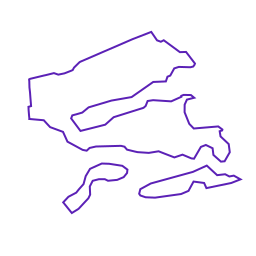 Newport, Rhode Island, United States of America, rotated 252°
{"feature_id": "52423323B54307219453205", "entity_name": "Newport", "entity_type": "district", "adm_level": 2, "iso_a3": "USA", "parent_name": "United States of America", "parent_adm1": "Rhode Island", "projection": "mercator", "projection_center": [-71.264, 41.562], "detail": "fine", "context": "isolated", "style": "outline", "palette": "violet", "viewbox_px": 256, "rotation_deg": 252, "n_neighbors": 0, "source": "geoboundaries", "source_scale": "gbopen_adm2", "svg_char_len": 1926}
<svg xmlns="http://www.w3.org/2000/svg" viewBox="0 0 256 256"><g transform="rotate(252 128 128)"><path d="M167.1,36.9L161.4,50.3L157.4,52.1L152.9,54.2L144.4,65.0L137.3,65.8L133.7,66.2L131.1,68.7L121.2,78.1L119.2,81.7L119.8,83.0L120.9,85.3L120.3,91.8L113.2,115.8L111.3,118.9L111.2,118.9L107.7,120.4L103.4,127.4L102.1,129.6L97.9,140.1L96.4,149.9L91.8,155.5L85.7,163.0L85.8,171.6L82.1,175.9L79.5,178.9L78.4,181.3L87.5,191.5L87.8,196.8L82.6,202.2L76.0,200.9L67.3,206.0L66.5,209.6L73.5,217.3L81.6,218.8L91.4,213.4L96.6,214.2L96.6,216.8L97.4,217.3L101.6,214.3L107.2,190.4L112.9,187.6L113.5,187.5L125.5,186.7L132.7,189.1L136.8,192.8L136.3,200.3L139.9,198.0L142.3,191.1L142.1,188.6L141.2,188.4L140.0,177.3L144.3,166.5L146.7,160.5L147.6,155.0L143.5,151.6L142.4,149.0L142.7,117.7L138.2,107.4L138.6,101.0L139.9,81.9L147.6,79.3L154.7,76.9L157.2,78.9L157.1,81.4L157.0,82.7L156.8,89.3L159.8,96.9L159.2,120.7L156.3,141.0L164.0,166.2L160.6,178.4L164.6,181.4L164.8,184.4L170.4,190.4L170.4,195.2L166.5,206.1L166.3,209.0L167.5,210.7L168.6,211.6L182.4,206.7L184.1,200.8L200.4,189.1L199.9,185.9L202.4,182.7L212.2,179.8L211.1,160.0L205.8,103.6L205.6,102.3L202.1,95.3L200.2,93.3L200.0,91.4L199.6,84.5L200.3,78.2L203.1,74.5L203.1,74.4L203.7,66.1L203.9,64.2L205.0,50.1L204.8,49.0L203.7,48.7L203.4,48.7L197.0,46.8L192.1,45.8L187.2,44.6L178.8,42.6L178.8,42.2L178.9,39.9L175.7,39.0L169.8,37.6L169.7,37.6L167.8,37.2L167.1,36.9ZM43.8,209.2L44.4,219.1L50.0,213.9L50.6,209.4L54.0,206.1L55.6,198.2L67.9,191.3L66.2,176.2L68.2,132.5L66.0,120.8L62.0,118.3L60.0,118.9L56.7,123.3L53.4,132.2L48.8,158.1L49.5,166.1L56.8,173.8L52.2,183.4L46.6,184.0L43.8,209.2ZM64.5,48.3L66.4,56.0L73.4,68.6L76.3,71.4L84.2,73.6L88.7,78.1L88.3,84.4L86.5,90.1L84.0,92.7L82.0,101.7L82.6,108.7L85.5,113.2L88.6,114.6L93.8,110.9L99.8,99.0L102.3,92.1L100.9,79.3L95.3,72.9L88.4,68.4L84.7,62.1L82.5,58.8L81.0,50.1L77.3,43.4L64.5,48.3Z" fill="none" stroke="#5b21b6" stroke-width="2"/></g></svg>